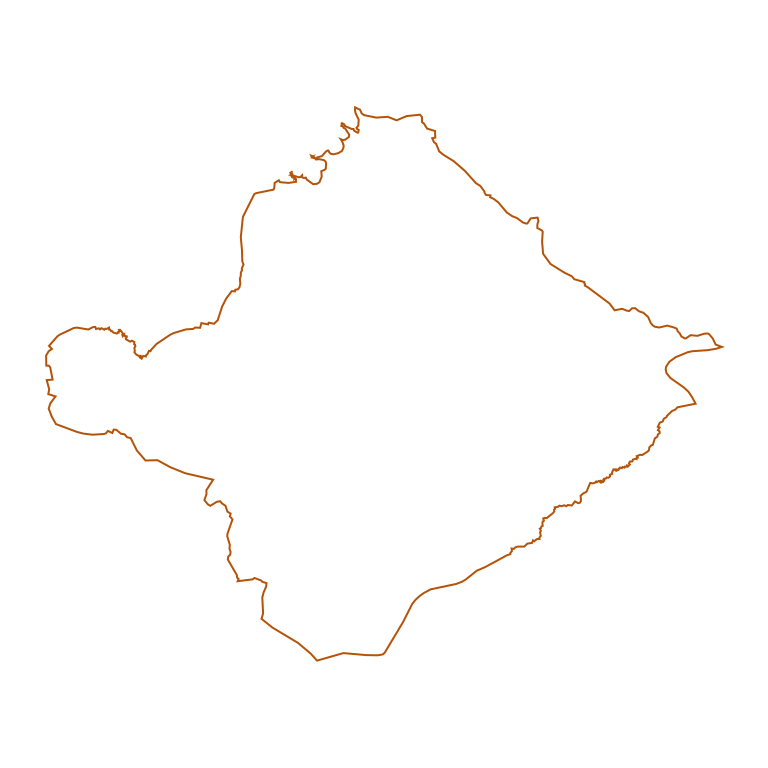 the district of Don Chan, Kalasin, Thailand
{"feature_id": "78962969B80521164752578", "entity_name": "Don Chan", "entity_type": "district", "adm_level": 2, "iso_a3": "THA", "parent_name": "Thailand", "parent_adm1": "Kalasin", "projection": "mercator", "projection_center": [103.693, 16.477], "detail": "fine", "context": "isolated", "style": "outline", "palette": "amber", "viewbox_px": 768, "rotation_deg": 0, "n_neighbors": 0, "source": "geoboundaries", "source_scale": "gbopen_adm2", "svg_char_len": 6098}
<svg xmlns="http://www.w3.org/2000/svg" viewBox="0 0 768 768"><path d="M721.9,346.9L715.7,344.6L712.7,338.4L709.0,334.1L707.9,333.5L704.3,333.7L697.5,335.8L690.5,335.2L686.2,338.2L685.0,338.5L681.5,336.6L679.8,333.5L677.8,331.3L676.7,328.7L674.4,327.6L667.3,325.6L659.2,327.5L654.7,326.7L652.7,325.3L650.8,323.1L648.2,317.1L643.3,312.7L639.0,311.3L635.2,308.2L632.1,308.3L629.2,311.0L626.9,310.7L622.1,308.8L614.6,310.3L609.5,303.5L587.9,287.3L584.8,285.6L585.1,284.3L584.3,283.2L584.4,282.1L574.2,279.2L571.9,276.3L565.0,273.0L550.6,264.1L543.1,253.8L542.1,241.8L542.7,231.8L542.1,230.6L537.3,228.0L537.4,224.1L538.4,221.1L537.6,217.6L530.7,218.4L527.4,223.4L526.4,223.6L523.0,222.5L516.9,218.0L512.1,216.1L506.8,212.5L498.3,202.4L493.7,198.9L490.1,197.2L490.5,195.4L486.0,195.0L484.6,192.8L484.4,191.5L480.4,186.0L476.0,183.2L464.8,170.8L453.6,161.1L443.3,154.7L439.2,151.4L436.1,143.8L434.0,142.2L432.2,138.2L435.3,137.6L435.0,131.0L427.1,128.6L423.9,123.5L422.1,122.3L421.9,116.8L419.9,114.7L406.6,116.1L396.6,120.3L387.8,116.8L376.3,117.6L363.9,115.1L361.6,113.3L360.1,109.8L355.1,107.4L355.0,110.7L355.6,113.3L358.7,119.7L358.3,125.6L356.5,127.8L356.8,128.7L358.7,129.9L358.4,132.0L358.0,132.7L357.3,132.6L354.1,130.7L353.5,129.0L351.6,128.9L345.1,126.1L344.2,124.3L341.9,123.0L341.9,122.4L341.7,123.3L343.2,124.2L341.7,124.6L341.3,125.9L343.3,126.7L343.6,127.8L345.4,128.8L349.2,134.7L348.9,136.9L345.4,139.6L342.9,140.1L340.7,139.2L342.3,141.7L343.7,145.7L343.3,148.2L341.9,151.0L338.2,153.2L333.5,154.3L330.8,153.8L329.3,152.5L328.5,150.6L327.7,150.5L326.0,151.5L321.9,156.1L317.2,157.4L316.0,159.2L314.4,157.4L312.7,157.5L313.1,156.2L312.3,156.4L311.8,156.7L311.8,156.0L311.2,155.7L311.7,156.9L313.0,156.4L312.1,157.6L313.1,157.8L312.7,158.4L314.1,157.5L315.9,159.4L319.6,159.2L323.8,160.1L325.5,161.5L326.1,163.1L325.8,168.7L324.8,169.7L321.3,171.2L321.7,176.7L319.4,182.3L317.0,183.8L313.2,184.2L306.7,179.5L305.8,177.6L303.9,178.1L302.2,177.3L302.1,175.3L300.4,177.0L298.9,177.3L294.2,175.9L293.5,176.2L292.7,175.5L292.6,174.3L291.6,173.9L291.5,172.4L292.5,171.3L290.4,172.8L291.4,174.2L290.5,174.9L291.9,175.1L291.5,176.2L292.3,177.4L294.7,177.8L294.4,179.1L295.3,178.6L295.9,178.9L296.0,181.8L288.8,182.9L280.0,182.2L278.9,180.3L274.6,182.9L274.4,187.2L273.6,189.6L256.0,193.2L254.3,194.1L242.9,216.9L240.8,237.3L242.0,250.5L242.3,261.3L243.5,264.4L241.8,268.5L242.0,270.2L240.9,272.4L240.7,276.2L239.9,278.6L240.3,284.0L239.4,287.4L238.0,289.3L235.4,289.7L234.9,291.4L231.8,291.1L226.3,298.4L222.2,306.4L217.7,320.2L214.1,323.7L208.6,322.7L208.1,324.4L201.4,323.1L200.1,327.8L195.3,327.5L193.2,328.9L186.0,329.4L173.6,333.1L170.1,334.8L156.5,344.0L151.1,349.8L150.5,351.2L149.0,350.8L147.3,354.4L146.2,355.0L145.8,356.5L143.3,355.9L141.6,358.7L140.0,357.6L141.1,356.2L140.1,355.7L139.3,356.3L136.0,354.3L134.4,352.2L134.8,351.1L134.4,347.8L135.4,346.3L135.0,344.6L134.2,344.3L134.3,342.0L131.9,340.7L130.3,341.7L126.1,339.4L125.7,338.2L126.7,337.3L126.8,336.4L124.4,335.8L124.3,334.5L122.8,336.2L122.3,334.7L123.1,333.7L120.0,329.8L119.1,329.9L119.7,331.1L118.7,331.6L118.6,332.6L117.7,332.4L117.4,333.3L116.4,333.5L113.1,332.4L112.1,331.1L111.0,331.1L110.3,329.7L109.1,329.5L109.0,327.6L106.4,329.0L105.2,328.7L104.3,329.7L101.5,328.2L99.9,329.4L98.9,328.3L96.0,329.0L95.3,326.9L93.0,327.1L88.4,329.5L76.9,327.6L73.8,328.0L59.9,334.6L57.5,336.2L49.0,345.9L51.9,349.0L48.7,351.2L46.1,355.6L46.3,365.6L48.9,365.7L50.2,367.3L52.6,379.6L46.7,380.1L49.2,389.3L48.3,394.1L55.5,396.4L50.3,403.4L48.7,408.6L51.8,416.7L56.0,424.1L76.9,431.9L83.4,433.6L92.4,434.7L104.1,434.0L105.9,433.4L107.9,430.9L112.3,433.0L113.7,429.6L116.3,429.8L120.9,433.7L124.6,434.3L127.0,437.2L130.7,438.1L136.8,450.4L145.5,460.5L157.5,460.2L170.3,467.2L185.1,473.2L213.1,479.7L206.4,490.2L206.5,494.0L204.4,500.1L207.9,504.4L210.4,505.8L216.6,501.9L220.1,501.2L221.8,503.3L225.5,505.8L227.4,511.6L230.6,513.6L229.9,516.4L232.5,519.4L227.6,533.3L227.2,536.1L229.8,544.8L229.5,548.9L230.6,551.9L230.2,554.7L228.2,556.6L227.8,559.5L236.9,575.2L237.1,577.5L238.6,579.0L237.7,581.2L252.5,579.4L254.5,578.0L261.0,580.4L262.3,581.8L266.5,583.1L266.1,586.7L263.6,592.4L262.3,597.5L263.1,613.4L261.5,618.8L272.3,627.5L298.1,643.0L310.9,653.8L317.0,660.6L343.4,653.1L366.3,655.1L377.9,655.3L382.9,654.4L384.7,652.7L402.8,622.5L412.3,603.8L415.6,599.7L419.9,595.8L424.0,592.9L430.8,589.3L456.0,584.0L461.9,581.8L465.6,579.6L476.8,570.7L485.5,566.9L506.5,555.5L510.4,554.1L510.3,553.0L511.9,551.1L511.6,548.5L513.8,548.9L515.2,547.5L517.4,546.6L524.2,546.6L527.4,543.6L532.0,542.9L533.0,540.4L534.2,541.3L536.8,539.1L539.5,539.0L539.4,537.6L540.8,535.8L540.1,532.3L540.9,530.9L539.8,528.7L540.9,528.2L541.4,526.4L542.7,525.8L542.4,523.2L542.7,521.5L543.7,521.1L543.9,520.3L543.2,518.5L544.7,517.8L546.7,518.1L553.2,512.9L554.3,511.3L554.1,509.6L555.1,508.8L554.7,507.4L558.2,506.7L559.2,505.7L561.7,506.2L564.1,505.3L566.3,506.2L567.8,505.0L571.8,505.5L575.0,501.4L578.2,503.2L579.9,502.7L581.0,500.8L580.6,495.7L583.4,493.3L586.5,491.8L590.2,482.9L592.9,483.4L595.1,482.7L596.1,481.5L596.8,482.2L598.7,481.0L599.9,481.8L599.7,481.0L600.3,480.7L601.5,480.9L601.2,482.4L602.9,482.1L604.3,480.6L604.3,479.7L603.5,479.5L603.9,478.8L606.0,478.5L606.7,477.5L608.4,477.8L610.0,476.5L609.9,474.8L612.2,473.8L612.0,472.6L613.4,469.4L616.1,469.4L615.6,470.5L616.3,470.8L618.6,469.8L618.9,468.6L619.6,468.6L620.1,467.6L621.9,468.1L622.5,467.0L624.5,467.6L624.8,466.6L627.3,466.7L627.1,465.5L628.4,465.9L629.9,464.5L629.0,463.4L629.8,461.6L632.4,461.4L632.9,459.6L635.6,458.7L636.6,459.1L636.8,457.6L637.7,457.5L636.8,456.1L640.1,454.8L642.1,455.1L648.1,451.2L649.0,449.9L649.3,447.4L651.3,445.3L652.8,444.9L654.9,438.2L657.3,436.8L657.9,434.5L659.7,433.0L659.6,431.4L657.9,430.1L659.6,427.5L657.8,426.8L659.8,422.7L662.7,421.5L663.8,418.8L666.6,417.0L666.9,415.9L672.0,411.0L675.1,409.7L677.5,407.3L695.6,403.7L691.9,396.8L688.5,391.8L684.0,387.6L670.3,377.9L666.4,372.9L665.7,369.6L666.1,366.7L669.4,361.7L675.8,357.1L687.8,352.2L692.4,351.2L707.3,350.2L716.0,348.8L721.9,346.9Z" fill="none" stroke="#b45309" stroke-width="2"/></svg>